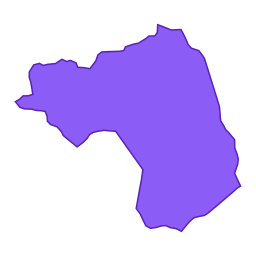 outline of Abadia de Goiás, Goiás, Brazil
{"feature_id": "56859067B10262274710993", "entity_name": "Abadia de Goiás", "entity_type": "district", "adm_level": 2, "iso_a3": "BRA", "parent_name": "Brazil", "parent_adm1": "Goiás", "projection": "mercator", "projection_center": [-49.464, -16.79], "detail": "fine", "context": "isolated", "style": "filled", "palette": "violet", "viewbox_px": 256, "rotation_deg": 0, "n_neighbors": 0, "source": "geoboundaries", "source_scale": "gbopen_adm2", "svg_char_len": 1364}
<svg xmlns="http://www.w3.org/2000/svg" viewBox="0 0 256 256"><path d="M240.6,186.1L237.8,180.4L234.6,173.3L236.2,168.5L237.7,164.1L238.3,159.3L237.1,154.2L234.8,148.0L234.6,139.7L228.4,132.3L225.5,129.4L223.8,125.8L220.6,120.6L220.0,112.9L219.4,106.6L216.8,98.0L204.5,58.6L202.1,54.9L198.8,50.6L191.4,48.2L188.2,44.7L186.3,40.1L183.4,34.0L180.9,29.5L171.2,30.0L166.3,28.0L161.3,26.0L157.7,24.7L157.3,32.6L154.7,36.0L149.1,36.0L145.5,38.8L138.3,43.2L133.7,44.1L125.5,46.8L123.7,50.7L119.2,51.3L109.0,51.6L101.7,52.0L97.9,54.9L95.8,61.0L89.9,68.7L83.5,67.6L77.7,67.3L76.1,62.9L70.5,60.4L66.7,61.5L61.9,59.3L55.4,63.6L47.8,64.3L43.3,65.4L39.4,63.4L33.7,64.9L29.3,72.0L29.2,77.3L30.8,82.1L32.0,89.2L32.8,94.4L28.0,95.8L23.0,95.9L19.6,99.3L15.4,101.7L19.8,107.2L24.5,108.9L31.6,109.1L36.0,110.4L40.9,110.7L45.1,111.4L47.1,116.2L47.4,121.3L50.7,124.6L57.0,126.8L61.5,131.8L63.2,135.5L67.0,138.6L77.1,146.9L83.1,142.4L87.2,138.4L89.4,134.7L93.5,132.3L98.4,131.2L104.0,130.3L110.0,130.9L115.6,131.2L142.9,169.6L141.5,179.1L136.2,208.4L140.2,213.9L142.9,219.8L145.9,225.8L150.6,228.3L156.1,227.5L160.8,226.1L165.2,225.5L170.7,227.7L176.0,228.6L181.5,231.3L186.3,225.3L189.5,221.6L193.9,217.8L198.8,216.5L204.5,215.4L208.2,213.0L211.6,210.1L216.4,206.1L222.6,200.8L228.7,195.6L232.4,192.5L237.0,188.3L240.6,186.1Z" fill="#8b5cf6" stroke="#5b21b6" stroke-width="1.5"/></svg>